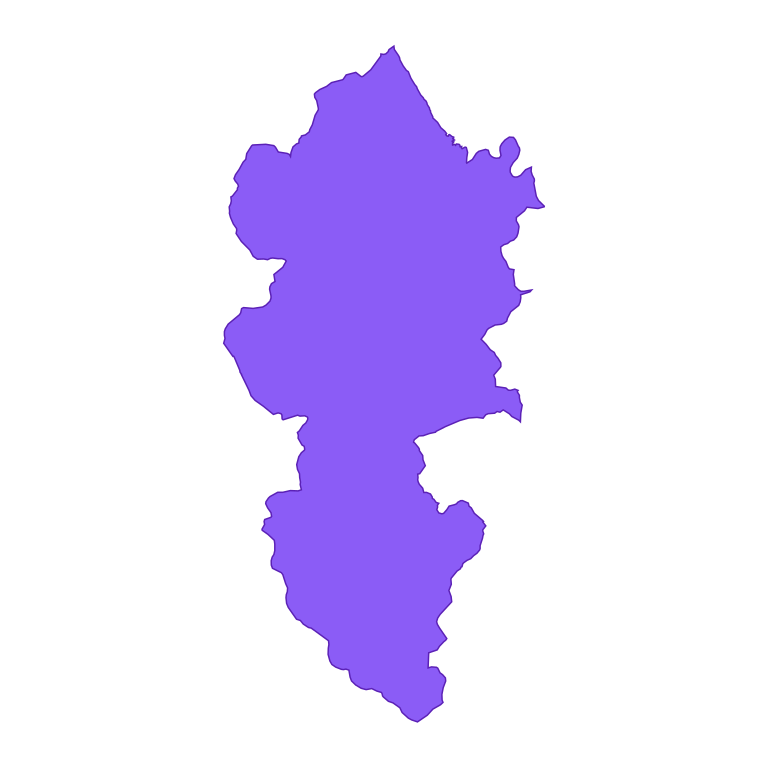 the district of Medias, Sibiu, Romania
{"feature_id": "2599482B70504511793246", "entity_name": "Medias", "entity_type": "district", "adm_level": 2, "iso_a3": "ROU", "parent_name": "Romania", "parent_adm1": "Sibiu", "projection": "mercator", "projection_center": [24.355, 46.136], "detail": "fine", "context": "isolated", "style": "filled", "palette": "violet", "viewbox_px": 768, "rotation_deg": 0, "n_neighbors": 0, "source": "geoboundaries", "source_scale": "gbopen_adm2", "svg_char_len": 6096}
<svg xmlns="http://www.w3.org/2000/svg" viewBox="0 0 768 768"><path d="M443.0,702.4L442.1,700.1L441.9,694.4L443.2,687.7L445.7,681.0L445.4,677.9L442.6,674.7L440.0,672.8L437.8,668.2L436.5,667.3L431.5,666.9L428.1,667.9L428.7,652.8L437.2,649.9L439.5,646.2L443.9,641.6L445.6,640.3L446.8,638.6L439.7,628.3L437.4,624.4L436.6,621.7L437.7,618.0L440.1,614.4L451.7,601.8L451.1,596.5L448.9,590.5L451.3,584.3L450.9,579.3L451.2,578.2L457.1,571.0L460.4,568.8L461.0,567.2L462.0,566.7L462.8,563.7L463.8,562.7L467.1,560.3L470.7,558.7L473.7,555.6L476.9,553.3L479.6,550.0L480.1,548.6L480.1,545.7L482.5,538.2L483.0,535.4L483.7,533.9L482.8,531.1L482.8,529.8L485.8,525.9L482.8,522.0L483.5,521.5L482.6,520.4L474.3,513.3L471.3,507.9L469.0,506.1L468.3,503.1L462.5,500.6L460.6,500.7L457.6,502.4L456.6,503.8L454.5,504.7L449.1,506.1L446.9,509.6L443.6,513.4L441.8,513.8L438.8,512.9L436.8,509.7L437.6,507.1L437.4,505.3L438.8,503.3L436.1,502.4L433.9,499.3L432.4,498.5L432.2,496.9L430.5,494.0L426.5,492.4L423.8,492.5L422.7,488.2L419.3,484.3L418.2,481.9L417.7,479.9L418.0,477.5L417.7,474.1L419.7,473.7L425.3,465.7L423.0,459.8L422.7,455.5L419.4,450.7L419.3,449.1L418.5,447.6L414.7,443.0L413.6,442.3L413.7,441.4L414.3,439.7L419.1,435.9L423.2,435.7L429.5,433.5L435.5,432.2L436.2,431.3L445.4,426.6L459.8,420.5L468.8,418.0L477.0,417.4L483.1,418.2L485.7,414.8L488.1,413.7L494.7,413.2L497.0,411.5L500.0,412.2L503.2,409.9L509.4,413.8L511.8,416.5L518.8,420.2L520.4,421.8L520.8,413.1L522.2,405.1L520.3,402.2L519.4,397.6L519.4,395.3L517.4,392.0L517.4,391.3L518.1,390.4L514.8,389.1L510.6,390.3L508.4,390.2L505.9,388.0L495.6,386.5L495.3,379.2L493.7,375.2L500.5,367.2L500.9,366.4L500.8,362.8L497.9,358.1L495.6,355.4L494.3,352.5L490.2,349.7L486.1,344.3L481.1,339.2L484.8,334.3L487.0,330.0L488.6,328.4L495.1,325.0L501.3,324.3L503.7,323.4L506.7,321.2L507.5,318.0L510.8,311.7L518.7,305.4L520.2,301.8L520.8,297.7L520.6,294.8L530.0,291.8L531.6,290.0L523.9,291.3L520.9,291.3L518.3,289.7L514.9,286.1L514.5,285.2L514.7,284.2L513.3,274.4L514.0,269.7L509.4,268.9L508.1,267.0L505.9,261.4L503.5,258.3L502.1,255.7L500.9,251.3L500.7,247.0L503.8,244.7L507.6,243.5L510.3,241.2L513.7,240.0L516.7,236.8L518.0,233.2L519.0,226.8L518.5,224.8L516.3,220.9L516.4,217.4L524.5,210.8L526.9,207.2L538.0,208.5L544.2,206.8L544.3,206.2L538.5,200.5L536.3,196.3L533.8,183.1L534.4,180.9L534.3,179.0L532.2,175.0L531.1,171.3L531.4,167.1L525.6,169.7L520.7,175.3L517.5,176.9L514.9,177.1L513.2,176.5L512.3,175.8L510.3,172.4L510.1,170.7L510.5,167.3L513.2,162.6L517.2,158.2L518.8,154.5L519.8,150.2L519.4,147.9L518.2,146.1L515.5,139.9L513.5,137.4L509.3,137.1L505.0,140.0L501.8,143.7L500.3,146.5L500.1,147.6L500.0,150.5L501.0,155.5L499.5,157.9L496.2,158.2L493.8,157.7L491.4,156.4L489.5,154.2L488.3,150.3L485.6,149.4L478.8,151.3L476.3,153.4L472.4,159.5L466.8,163.1L466.5,162.7L466.8,157.6L467.6,152.4L466.3,147.5L465.1,147.1L462.1,148.7L461.4,147.8L461.7,146.5L460.1,146.7L459.9,145.2L459.0,144.3L456.4,144.0L455.6,145.3L454.7,144.4L452.6,145.0L452.5,143.9L453.7,142.0L452.5,141.9L452.2,141.2L454.4,140.0L453.1,139.2L452.8,138.5L453.7,138.1L453.7,137.1L452.1,136.6L449.6,134.6L448.8,134.8L448.3,136.1L447.2,136.1L445.8,134.7L446.6,133.6L444.8,131.2L440.8,127.7L437.6,122.4L432.8,117.9L432.8,116.8L430.6,112.3L430.5,110.8L429.7,109.6L429.4,107.9L427.3,104.6L426.8,102.6L425.9,100.9L424.0,99.3L423.3,97.8L420.7,95.0L417.3,88.8L416.6,86.7L414.8,84.6L410.9,78.2L408.3,71.7L406.4,70.4L403.1,65.8L400.0,60.0L399.5,57.5L398.4,55.4L394.3,49.4L393.9,46.1L389.1,49.5L388.5,50.5L388.4,51.4L385.8,53.9L383.7,54.4L380.9,54.0L380.8,56.1L370.8,69.8L363.2,76.2L361.9,76.7L360.9,76.4L355.8,72.4L346.2,74.9L343.2,79.3L342.4,79.8L331.5,82.6L326.6,86.4L319.8,89.5L315.5,92.7L314.4,94.1L314.8,97.4L316.7,100.6L318.3,108.1L318.3,109.8L315.1,115.3L312.3,124.9L309.8,129.6L309.3,131.8L305.4,134.9L301.5,135.9L301.2,137.0L299.2,139.3L298.8,143.1L296.5,143.9L293.0,146.9L291.0,152.5L290.5,156.5L289.3,154.4L287.1,153.4L278.3,152.0L275.4,147.1L273.8,145.6L265.8,144.3L252.6,145.0L251.6,145.8L246.7,153.6L245.8,159.3L243.1,162.2L239.1,169.5L235.5,174.7L234.0,178.6L235.3,181.1L237.7,184.0L238.5,186.2L237.4,188.1L237.4,189.7L232.4,196.1L230.9,196.9L231.3,200.9L230.7,203.8L229.2,206.9L229.6,211.1L229.4,213.3L230.6,217.6L233.3,223.9L236.6,228.6L236.7,230.3L236.1,233.5L241.4,241.5L249.8,250.0L253.2,256.3L257.4,259.2L263.8,259.0L267.6,259.7L270.5,258.3L272.7,258.0L278.0,258.7L282.0,258.6L285.0,259.7L286.2,261.1L282.8,267.3L273.9,274.5L275.0,281.5L271.5,283.6L269.9,286.8L269.6,289.2L271.0,295.9L271.0,298.2L270.0,301.1L266.0,305.1L262.7,307.0L253.1,308.4L243.5,307.6L241.6,308.6L240.7,312.8L239.5,314.7L228.2,324.1L225.3,328.8L224.4,331.6L224.4,335.4L225.0,338.4L223.7,343.3L232.9,356.4L233.6,356.2L234.4,357.5L239.7,370.1L240.1,372.3L241.5,374.2L241.3,374.4L249.1,390.5L251.0,395.7L255.1,400.4L263.3,406.2L273.4,414.4L278.1,412.9L281.0,413.7L281.9,415.0L282.1,418.9L283.1,419.8L297.6,415.2L299.9,416.1L304.8,415.8L307.5,417.1L307.8,418.1L307.6,419.8L305.8,423.0L302.9,425.4L299.3,430.9L297.4,432.5L298.3,435.0L298.1,438.2L302.0,445.0L304.2,446.3L304.7,449.2L304.4,450.2L301.4,452.7L298.8,456.7L296.7,464.6L297.5,469.4L299.5,473.7L299.7,477.7L300.5,482.1L300.2,484.6L301.4,489.8L298.1,490.9L290.3,490.6L282.8,492.3L277.7,492.3L270.1,496.5L268.5,498.0L266.0,501.7L265.7,503.7L267.6,507.8L271.0,512.7L271.6,516.4L270.7,517.4L264.7,519.5L264.1,521.5L264.6,524.5L262.0,529.2L262.2,530.3L268.0,534.4L274.3,540.3L274.8,544.2L274.8,550.5L273.9,554.5L272.2,557.1L271.2,560.7L271.3,565.1L272.5,568.3L281.4,572.7L282.8,574.6L285.7,583.7L287.6,587.9L287.3,591.8L286.3,594.6L286.0,597.7L286.6,603.4L288.3,607.5L296.5,619.2L300.4,620.5L303.3,624.1L308.5,627.5L311.2,628.1L328.5,640.7L328.9,644.4L328.3,648.2L328.1,654.4L329.9,661.0L331.9,664.5L335.7,667.1L341.3,669.3L343.4,669.6L345.9,669.1L348.9,670.1L350.1,677.1L351.5,680.9L355.7,685.0L361.2,688.3L366.1,689.6L371.8,688.6L376.9,691.1L381.3,692.4L382.0,693.4L382.6,696.0L383.4,697.0L388.4,701.3L393.0,702.9L399.9,707.8L402.1,712.5L408.3,718.1L411.6,719.9L417.5,721.9L427.3,715.2L432.9,709.1L440.6,704.7L443.0,702.4Z" fill="#8b5cf6" stroke="#5b21b6" stroke-width="1.5"/></svg>